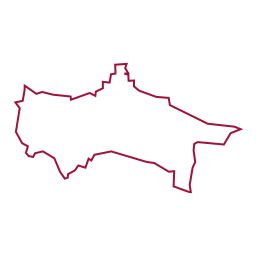 Putnam, Tennessee, United States of America
{"feature_id": "52423323B64488882262112", "entity_name": "Putnam", "entity_type": "district", "adm_level": 2, "iso_a3": "USA", "parent_name": "United States of America", "parent_adm1": "Tennessee", "projection": "mercator", "projection_center": [-85.513, 36.141], "detail": "fine", "context": "isolated", "style": "outline", "palette": "rose", "viewbox_px": 256, "rotation_deg": 0, "n_neighbors": 0, "source": "geoboundaries", "source_scale": "gbopen_adm2", "svg_char_len": 907}
<svg xmlns="http://www.w3.org/2000/svg" viewBox="0 0 256 256"><path d="M15.9,131.9L22.1,143.2L27.9,146.3L25.9,152.8L28.7,156.1L33.2,156.9L35.1,153.2L42.9,151.4L54.3,158.2L60.1,171.9L64.8,178.6L67.7,177.7L68.1,174.1L74.8,170.5L78.3,165.5L85.4,167.7L88.6,158.7L91.3,160.5L94.4,154.8L111.2,151.4L146.9,162.0L154.2,163.0L168.8,171.7L174.2,171.2L173.6,186.4L188.5,191.8L190.8,192.1L189.7,184.9L192.6,167.7L195.2,162.0L193.6,150.4L194.2,144.0L197.6,142.1L223.9,144.5L230.6,133.2L240.6,129.2L234.5,126.7L207.6,123.7L169.9,105.1L168.7,97.9L156.3,96.9L139.2,90.7L134.0,86.4L134.0,80.5L128.6,80.8L128.3,74.7L124.4,73.7L128.2,73.1L125.2,68.1L126.6,63.9L115.2,64.7L115.5,73.5L111.0,74.3L109.6,82.6L102.8,81.8L102.9,88.2L95.9,91.6L95.3,95.8L89.7,93.0L71.0,99.7L70.6,96.5L53.1,94.7L42.2,92.0L36.4,93.8L24.7,85.7L24.6,90.0L22.7,100.8L15.4,102.4L19.7,108.2L15.9,131.9Z" fill="none" stroke="#9f1239" stroke-width="2"/></svg>